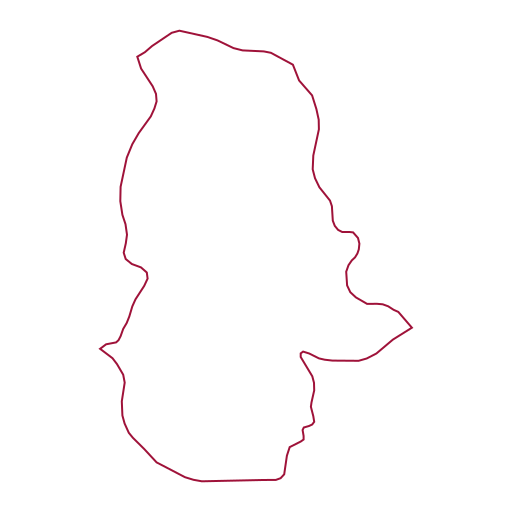 map outline of Tungurahua (Mercator projection), rotated 90°
{"feature_id": "ECU-1289", "entity_name": "Tungurahua", "entity_type": "Province", "adm_level": 1, "iso_a3": "ECU", "parent_name": "Ecuador", "parent_adm1": "", "projection": "mercator", "projection_center": [-78.478, -1.245], "detail": "fine", "context": "isolated", "style": "outline", "palette": "rose", "viewbox_px": 512, "rotation_deg": 90, "n_neighbors": 0, "source": "natural_earth", "source_scale": "10m", "svg_char_len": 1648}
<svg xmlns="http://www.w3.org/2000/svg" viewBox="0 0 512 512"><g transform="rotate(90 256 256)"><path d="M327.7,100.1L339.6,119.1L353.5,135.6L358.5,145.3L360.8,153.4L360.6,179.5L359.7,187.3L358.4,193.0L353.5,202.8L351.6,208.9L353.4,211.3L357.0,211.3L376.3,199.7L382.8,198.0L390.4,197.8L402.4,200.5L406.8,201.1L416.2,198.7L421.8,197.8L424.5,199.8L426.0,203.0L427.5,208.2L430.0,209.4L436.0,208.4L439.5,208.4L441.5,211.2L447.1,222.3L455.7,225.1L474.3,227.8L478.2,231.4L479.9,236.1L480.0,249.5L481.3,310.1L479.8,318.5L477.2,327.0L462.4,355.4L448.9,367.9L437.8,379.1L432.8,383.2L423.5,387.4L415.5,389.6L401.3,390.2L382.6,387.3L374.7,388.8L364.1,395.0L358.2,399.5L348.8,411.9L344.3,405.9L342.4,395.9L340.2,393.5L336.2,391.4L328.9,388.8L323.0,385.3L316.5,382.7L306.4,379.7L299.3,376.5L285.9,367.8L278.6,364.4L272.5,365.2L267.4,371.0L264.0,380.2L259.0,386.3L252.7,388.3L243.4,386.2L234.7,385.0L224.2,386.5L214.8,389.6L201.2,391.7L186.8,391.4L157.6,385.2L144.2,379.7L133.0,373.2L116.4,361.2L108.5,357.6L101.4,355.4L93.9,356.0L86.3,359.3L68.6,370.9L56.7,374.7L52.2,367.1L46.0,359.9L32.8,340.3L30.7,332.6L36.9,304.7L40.4,294.5L48.1,278.5L50.4,269.4L51.4,248.2L52.8,241.1L64.7,219.1L80.5,212.9L95.4,199.9L109.1,195.6L119.7,193.3L129.3,193.1L155.5,198.7L169.3,199.3L178.2,197.0L187.3,192.6L200.6,182.0L206.2,180.1L220.7,179.2L225.9,177.2L229.9,173.9L232.0,169.8L232.0,162.4L232.4,158.9L238.0,154.0L243.7,152.6L249.4,153.2L253.5,154.6L257.4,157.0L260.4,160.2L265.2,163.5L271.7,165.8L285.4,164.9L292.2,161.7L297.4,156.1L303.9,144.9L303.8,135.1L304.3,129.3L306.3,123.8L309.8,118.4L311.9,113.7L327.7,100.1Z" fill="none" stroke="#9f1239" stroke-width="2"/></g></svg>